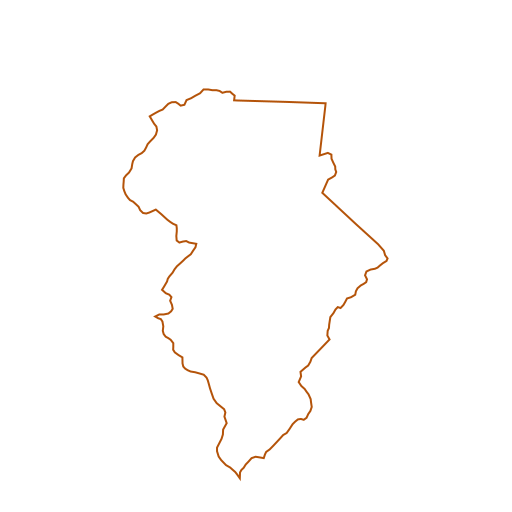 outline of Tanque Novo, Bahia, Brazil, rotated 56°
{"feature_id": "56859067B80880308839794", "entity_name": "Tanque Novo", "entity_type": "district", "adm_level": 2, "iso_a3": "BRA", "parent_name": "Brazil", "parent_adm1": "Bahia", "projection": "orthographic", "projection_center": [-42.526, -13.552], "detail": "fine", "context": "isolated", "style": "outline", "palette": "amber", "viewbox_px": 512, "rotation_deg": 56, "n_neighbors": 0, "source": "geoboundaries", "source_scale": "gbopen_adm2", "svg_char_len": 3127}
<svg xmlns="http://www.w3.org/2000/svg" viewBox="0 0 512 512"><g transform="rotate(56 256 256)"><path d="M168.3,112.9L145.7,144.0L116.8,184.3L114.7,187.1L111.1,184.0L108.3,184.9L105.3,185.6L103.3,188.6L101.9,192.6L98.8,193.9L96.4,196.1L94.2,199.4L91.3,202.4L88.6,206.4L89.8,211.4L89.2,216.7L88.9,221.6L87.9,226.4L90.6,230.8L89.2,234.4L86.2,235.3L83.5,236.5L81.4,239.9L80.8,243.6L81.5,247.2L82.4,251.5L81.7,254.8L81.3,258.5L81.0,262.4L80.8,266.0L85.4,266.3L89.3,266.5L93.0,266.2L96.5,267.7L99.4,271.1L100.8,274.8L101.8,279.7L102.7,283.3L104.6,286.4L106.3,289.7L106.8,293.2L106.4,297.0L106.7,301.1L108.5,304.9L110.5,307.1L113.8,310.2L115.8,314.6L116.5,318.7L117.7,322.1L120.6,324.3L122.7,326.0L125.3,327.9L128.6,328.9L132.0,329.6L136.1,329.6L139.2,329.2L142.3,327.5L145.5,326.7L149.5,325.8L153.3,326.4L157.2,325.6L159.4,323.2L160.3,320.2L161.0,316.1L161.5,313.1L165.0,312.1L168.5,311.1L171.9,310.3L176.4,309.2L179.9,308.0L183.0,306.7L186.0,304.8L188.6,306.1L191.4,308.0L194.9,310.9L198.8,313.1L202.0,312.0L203.2,308.4L204.6,305.5L207.5,303.9L209.8,301.5L212.5,298.7L214.9,301.3L216.5,305.4L218.1,309.1L218.3,312.9L218.5,315.9L219.1,318.8L219.7,322.7L220.3,327.3L221.5,331.0L223.2,334.5L224.5,339.3L225.6,341.9L227.4,344.0L228.7,346.7L229.9,349.2L231.5,352.8L236.4,351.6L239.6,349.5L242.8,349.1L245.1,352.2L249.5,353.0L253.2,354.6L254.4,357.3L254.7,360.8L252.9,365.1L250.4,368.8L249.8,373.4L252.9,371.9L255.1,370.2L258.0,370.2L262.5,372.2L265.9,375.1L269.1,376.2L272.4,376.0L275.1,374.6L277.7,373.6L282.0,373.3L285.1,375.4L287.4,377.1L290.5,377.2L294.9,375.6L298.9,373.7L304.0,377.0L307.0,378.1L309.8,377.7L312.5,376.5L315.2,374.8L318.3,371.5L321.7,368.6L325.2,365.7L329.2,365.0L332.1,365.5L335.5,366.6L339.9,368.1L344.9,369.5L350.6,371.0L356.0,370.9L360.0,369.7L365.2,368.1L368.6,368.9L371.5,372.0L374.9,372.9L378.2,373.8L381.5,380.3L385.5,383.3L388.3,386.8L391.5,392.6L393.1,395.5L396.1,397.5L401.4,399.1L405.8,399.0L412.6,397.8L416.9,395.7L420.1,394.9L423.5,394.0L426.9,393.8L431.2,393.7L426.5,390.3L425.2,387.7L424.7,384.7L423.1,381.1L422.3,377.3L421.1,372.7L422.2,368.6L425.2,365.4L427.9,362.6L425.5,359.5L424.1,357.1L424.0,352.8L423.0,347.9L421.8,342.6L420.6,337.5L419.6,333.6L419.9,329.6L418.1,324.8L415.9,319.7L415.2,316.1L414.9,312.6L416.2,309.9L418.5,308.0L418.4,304.6L416.2,301.0L414.9,297.6L412.3,294.2L408.3,292.3L405.2,290.7L400.0,289.8L396.7,290.0L393.5,290.0L389.1,291.1L384.4,291.1L382.7,288.5L381.0,285.9L376.9,283.9L376.1,277.2L376.0,274.0L374.1,270.1L371.7,266.9L366.3,241.7L361.8,241.3L358.1,238.4L356.5,235.8L353.8,233.7L351.1,231.2L348.2,228.5L346.7,223.8L344.8,220.0L344.1,216.8L346.4,215.0L345.5,210.9L344.0,207.8L342.1,204.3L343.3,200.3L343.6,195.4L341.1,192.9L339.5,189.8L339.0,185.5L339.3,182.5L339.3,179.3L337.4,177.0L333.0,176.4L330.6,173.1L331.3,168.6L333.1,164.5L333.6,161.7L333.2,158.7L332.9,154.7L333.1,150.6L331.6,148.3L327.5,148.5L323.2,147.1L314.5,148.2L285.9,155.2L240.7,165.7L233.0,153.5L233.4,149.1L233.4,145.6L231.2,142.5L228.5,141.8L226.1,140.3L221.6,139.7L217.6,139.0L214.1,136.8L210.7,138.8L208.3,147.1L170.5,114.7L168.3,112.9Z" fill="none" stroke="#b45309" stroke-width="2"/></g></svg>